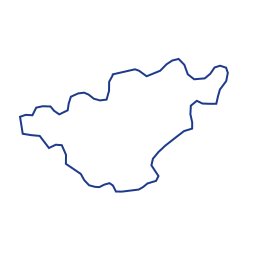 Damyang-gun, South Jeolla, South Korea, rotated 263°
{"feature_id": "91817680B48783047676904", "entity_name": "Damyang-gun", "entity_type": "district", "adm_level": 2, "iso_a3": "KOR", "parent_name": "South Korea", "parent_adm1": "South Jeolla", "projection": "mercator", "projection_center": [127.004, 35.284], "detail": "fine", "context": "isolated", "style": "outline", "palette": "blue", "viewbox_px": 256, "rotation_deg": 263, "n_neighbors": 0, "source": "geoboundaries", "source_scale": "gbopen_adm2", "svg_char_len": 1113}
<svg xmlns="http://www.w3.org/2000/svg" viewBox="0 0 256 256"><g transform="rotate(263 128 128)"><path d="M100.0,62.0L88.1,75.6L81.6,78.2L75.9,82.4L73.6,88.1L72.8,92.3L74.7,97.6L75.5,102.9L72.8,106.0L66.4,108.3L65.6,114.4L65.6,122.0L65.6,131.1L67.5,135.7L70.6,140.6L72.1,149.4L76.6,152.4L82.0,149.7L88.1,146.7L94.5,149.0L100.6,155.5L103.3,159.3L105.6,162.3L111.6,172.2L118.1,183.2L119.6,191.6L125.7,192.4L134.1,191.6L142.5,193.1L146.6,199.6L143.2,204.9L142.1,211.8L141.3,218.6L146.6,220.5L147.8,220.9L155.0,223.9L162.6,231.2L170.6,233.8L175.9,232.7L178.6,227.0L177.5,221.3L171.8,216.3L167.9,210.2L168.3,199.6L174.0,193.9L183.9,191.6L190.4,186.6L190.3,186.2L189.6,180.2L186.6,174.1L180.9,166.9L177.1,152.8L183.5,145.9L185.4,142.1L183.1,119.4L182.0,119.1L176.1,114.9L167.2,113.7L158.8,110.2L158.8,103.6L161.2,97.7L166.0,92.9L168.4,88.8L168.4,82.8L166.0,75.1L159.4,72.1L152.9,70.3L149.9,61.4L154.1,56.7L158.8,53.7L160.0,46.0L159.4,39.4L152.3,34.7L153.5,28.1L152.3,22.2L135.1,22.8L132.7,31.1L130.9,39.4L117.8,47.1L120.2,54.3L119.0,60.2L108.9,63.2L100.0,62.0Z" fill="none" stroke="#1e3a8a" stroke-width="2"/></g></svg>